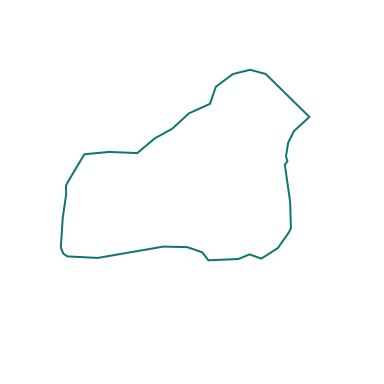 the district of Santa Catarina Barahona, Sacatepéquez, Guatemala, rotated 140°
{"feature_id": "79465075B35254467846514", "entity_name": "Santa Catarina Barahona", "entity_type": "district", "adm_level": 2, "iso_a3": "GTM", "parent_name": "Guatemala", "parent_adm1": "Sacatepéquez", "projection": "robinson", "projection_center": [-90.807, 14.557], "detail": "fine", "context": "isolated", "style": "outline", "palette": "teal", "viewbox_px": 384, "rotation_deg": 140, "n_neighbors": 0, "source": "geoboundaries", "source_scale": "gbopen_adm2", "svg_char_len": 598}
<svg xmlns="http://www.w3.org/2000/svg" viewBox="0 0 384 384"><g transform="rotate(140 192 192)"><path d="M53.8,174.1L59.7,235.1L69.0,248.3L84.9,256.1L106.1,257.3L121.5,248.0L143.7,254.2L166.5,253.2L186.0,257.0L208.9,257.0L229.9,276.1L250.2,290.1L275.2,281.4L284.3,278.1L289.8,271.2L307.6,255.3L328.2,233.8L330.2,227.4L328.8,222.7L306.6,202.1L248.9,168.5L231.0,152.7L223.0,139.3L223.3,129.1L199.6,110.9L188.0,107.2L181.7,96.4L162.1,93.9L143.2,99.0L139.5,100.7L123.2,121.3L103.3,153.3L99.2,154.2L97.1,158.9L86.7,167.9L74.9,173.1L53.8,174.1Z" fill="none" stroke="#0f766e" stroke-width="2"/></g></svg>